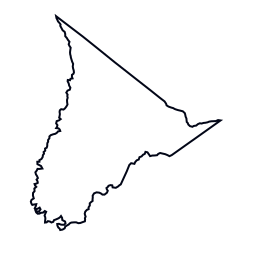 Araguainha, Mato Grosso, Brazil, rotated 94°
{"feature_id": "56859067B18780861461560", "entity_name": "Araguainha", "entity_type": "district", "adm_level": 2, "iso_a3": "BRA", "parent_name": "Brazil", "parent_adm1": "Mato Grosso", "projection": "robinson", "projection_center": [-53.085, -16.703], "detail": "fine", "context": "isolated", "style": "outline", "palette": "ink", "viewbox_px": 256, "rotation_deg": 94, "n_neighbors": 0, "source": "geoboundaries", "source_scale": "gbopen_adm2", "svg_char_len": 3461}
<svg xmlns="http://www.w3.org/2000/svg" viewBox="0 0 256 256"><g transform="rotate(94 128 128)"><path d="M185.9,215.6L187.5,214.5L189.0,214.2L189.9,215.6L190.4,217.3L191.8,216.7L193.1,215.4L194.9,217.2L197.5,216.8L199.4,218.2L202.1,218.1L204.8,217.1L206.4,219.2L208.2,219.8L210.1,219.1L211.4,218.1L210.9,216.6L210.4,214.2L212.6,214.6L214.6,215.4L215.4,213.8L214.5,211.9L213.6,210.6L215.2,209.6L217.5,210.9L217.6,212.6L217.1,214.4L218.6,213.7L219.8,212.1L219.6,210.4L218.7,209.0L218.3,206.8L216.6,205.2L217.3,203.8L219.4,204.6L221.3,205.1L222.6,204.4L224.2,204.1L226.0,204.2L228.1,204.2L227.8,202.6L226.5,201.4L226.8,199.2L227.6,197.8L226.8,196.0L225.1,195.4L224.2,193.4L222.9,191.0L221.8,189.6L220.5,188.7L222.2,187.5L224.4,187.1L225.7,184.2L227.5,183.7L229.0,185.0L229.1,188.0L228.4,190.2L228.7,191.9L230.3,191.6L232.1,190.6L233.1,189.2L234.5,188.5L233.9,186.2L232.5,184.2L230.7,183.7L229.4,182.0L228.4,180.4L227.2,179.5L226.3,178.0L225.9,175.4L225.7,173.2L226.4,170.9L226.1,169.0L225.1,166.8L224.1,164.5L222.3,164.4L220.9,164.7L219.4,164.1L218.0,164.7L216.5,165.2L214.4,164.8L212.5,163.3L211.7,161.6L209.9,161.8L208.0,160.7L205.8,160.9L204.6,159.8L203.2,158.2L201.6,158.4L200.0,158.3L197.9,158.5L195.6,157.3L194.4,154.9L194.5,152.2L195.2,150.4L196.2,148.9L196.1,146.8L194.0,144.5L192.0,143.8L190.7,144.8L189.4,145.3L188.3,144.1L187.0,143.4L186.2,141.5L186.3,139.7L188.3,139.2L188.5,136.0L187.0,133.8L185.7,132.6L184.8,131.3L171.3,126.2L164.8,124.1L162.9,122.4L163.3,119.1L161.4,118.4L159.6,117.0L158.7,115.1L156.3,114.5L155.4,112.5L153.6,111.1L152.7,109.5L150.6,108.9L150.9,106.9L153.2,105.0L154.5,104.0L153.8,101.9L153.5,99.2L153.1,97.1L151.7,96.0L150.7,94.2L151.1,91.7L151.5,89.1L152.3,86.7L153.2,84.7L152.0,82.5L136.5,63.6L135.3,62.1L114.0,36.2L113.8,38.7L115.0,40.9L115.2,42.9L115.5,45.4L116.0,47.5L116.8,49.1L117.4,51.3L117.7,53.1L118.4,54.8L118.3,56.7L119.3,58.6L120.8,60.1L121.4,62.6L122.3,63.8L121.8,66.3L120.3,68.1L118.9,68.7L117.9,69.8L116.3,70.1L114.4,70.4L112.7,71.3L111.2,71.7L109.3,72.3L107.5,74.5L107.0,77.2L106.7,79.1L106.3,80.9L105.8,82.7L105.0,84.3L104.6,86.3L103.8,89.1L102.7,91.1L101.1,91.7L98.9,93.4L95.8,98.1L88.9,108.1L78.9,122.9L73.8,130.4L63.3,145.9L49.8,165.2L39.9,179.5L21.5,207.5L23.4,207.0L24.7,206.2L26.6,205.2L28.0,203.7L29.4,202.5L30.8,202.7L33.2,201.2L35.1,200.0L36.5,197.9L38.5,197.2L40.8,197.0L42.6,195.2L44.0,194.3L46.1,192.4L48.6,193.0L50.1,192.2L51.9,190.8L54.2,191.0L56.6,191.1L58.5,190.8L60.2,190.2L61.7,189.9L63.5,189.2L65.6,188.4L67.9,187.2L70.5,187.4L72.5,186.9L74.3,186.2L76.3,185.8L77.7,186.2L78.9,187.6L80.8,187.5L82.4,186.8L82.9,188.8L84.4,189.2L84.3,191.4L85.6,191.5L87.8,190.2L89.7,189.7L91.8,188.3L93.8,188.7L94.9,190.9L97.0,192.0L98.9,190.6L100.4,190.8L102.0,190.3L104.3,190.8L106.7,190.5L108.8,190.0L110.9,191.0L112.9,192.3L114.1,193.6L113.9,196.0L115.1,197.2L116.7,197.4L118.9,196.9L120.9,197.1L122.5,197.4L123.8,195.8L125.2,197.4L126.1,199.6L128.4,200.0L130.1,198.6L131.8,198.9L133.1,199.6L133.2,197.3L134.3,196.0L135.7,195.4L136.3,197.6L137.6,198.5L138.8,200.0L139.5,202.2L140.5,204.5L141.9,205.8L143.7,205.7L145.6,206.9L147.3,206.7L148.7,207.4L150.2,207.4L151.5,207.3L153.3,207.7L154.3,209.3L156.4,209.0L157.9,210.5L159.5,210.0L161.0,211.0L162.9,211.1L165.0,212.2L166.2,214.1L167.8,214.0L168.0,216.1L170.4,215.8L171.3,213.6L172.0,212.1L174.4,210.6L175.0,213.4L175.1,215.4L176.9,216.1L178.6,217.3L180.7,216.6L182.1,215.5L184.2,214.4L185.9,215.6Z" fill="none" stroke="#020617" stroke-width="2"/></g></svg>